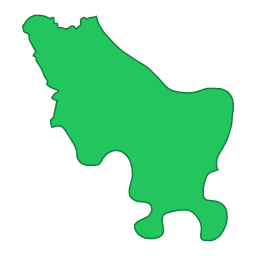 Tan Tru, Long An, Vietnam (Albers equal-area conic projection)
{"feature_id": "81297802B79980761269040", "entity_name": "Tan Tru", "entity_type": "district", "adm_level": 2, "iso_a3": "VNM", "parent_name": "Vietnam", "parent_adm1": "Long An", "projection": "albers", "projection_center": [106.499, 10.529], "detail": "fine", "context": "isolated", "style": "filled", "palette": "green", "viewbox_px": 256, "rotation_deg": 0, "n_neighbors": 0, "source": "geoboundaries", "source_scale": "gbopen_adm2", "svg_char_len": 4351}
<svg xmlns="http://www.w3.org/2000/svg" viewBox="0 0 256 256"><path d="M30.1,17.3L28.7,18.5L26.7,20.5L25.7,21.9L24.5,23.8L23.2,25.5L22.8,26.1L22.7,26.5L22.9,27.4L23.1,27.9L23.5,29.4L23.6,30.5L23.7,31.0L24.0,31.6L24.3,32.0L25.0,32.4L26.2,32.8L27.8,33.5L28.5,34.2L28.9,34.9L29.0,35.4L29.1,36.7L29.3,38.3L29.4,39.8L30.1,41.4L32.1,44.7L33.1,46.9L34.6,49.2L36.0,51.5L35.3,52.6L33.6,54.6L33.3,55.9L34.8,56.4L35.6,57.3L36.1,58.1L36.0,59.3L36.2,60.3L38.5,64.1L40.7,67.5L41.8,69.6L43.1,72.6L44.4,75.9L45.9,78.5L47.6,81.0L47.7,81.3L47.6,81.9L47.0,83.0L46.8,83.5L46.8,84.2L47.4,85.0L49.5,86.6L51.7,87.8L56.0,89.5L58.6,90.5L58.2,91.5L57.9,91.9L55.6,93.1L53.9,94.6L52.8,96.2L52.1,96.9L51.9,97.6L52.0,98.1L52.8,98.9L54.0,99.6L55.8,100.2L57.2,100.5L56.7,102.3L56.0,105.6L54.4,112.8L53.9,115.9L53.4,117.3L51.8,118.9L51.3,119.4L50.8,120.0L50.6,120.6L50.6,121.0L50.8,122.8L51.0,124.3L51.7,126.4L52.1,127.3L55.0,126.4L57.5,125.9L59.7,126.0L61.9,126.8L64.1,128.6L66.3,131.9L69.8,137.4L73.9,144.1L75.6,147.9L76.2,149.8L76.5,150.5L76.8,152.1L76.9,153.1L77.0,155.4L77.1,157.0L77.4,157.9L77.7,158.7L78.2,159.5L79.4,161.4L81.4,163.1L83.0,163.9L84.9,164.7L85.7,165.0L87.4,165.3L90.0,165.3L93.9,165.4L97.5,164.9L99.3,163.9L101.1,161.7L102.9,158.3L105.2,155.3L107.0,153.8L109.9,152.0L112.5,150.9L115.5,150.5L118.1,150.6L120.6,151.1L123.0,152.4L125.6,154.6L125.9,154.9L127.3,156.3L129.5,159.6L130.7,162.7L131.5,165.9L132.1,168.3L132.5,173.9L132.2,177.7L131.1,182.1L130.1,185.9L129.5,188.4L129.4,190.2L129.3,190.9L129.3,192.3L129.5,193.9L129.7,195.1L129.8,195.5L130.3,196.5L131.4,197.9L132.8,199.1L134.8,200.2L136.5,201.0L138.5,201.5L141.2,201.7L144.5,202.1L147.3,202.6L148.7,203.2L150.3,204.4L151.0,205.6L151.5,207.1L151.7,208.5L151.7,210.4L151.4,211.6L150.8,212.9L149.9,214.4L148.4,216.2L146.5,217.3L142.1,219.5L139.1,220.8L136.8,222.3L135.7,223.5L134.8,224.9L134.7,225.8L134.7,226.9L135.0,228.8L136.2,231.5L137.3,233.1L139.4,235.1L142.7,237.1L145.5,238.1L149.2,238.5L153.0,238.6L156.9,237.8L159.5,236.8L160.7,235.9L161.4,235.3L162.4,234.1L162.9,233.4L163.3,232.2L163.5,231.1L163.4,229.5L162.5,224.0L162.0,220.2L162.3,217.7L163.2,215.7L164.2,214.4L166.4,213.1L168.9,212.3L169.1,212.3L172.9,211.3L177.5,210.4L181.5,210.0L185.4,209.9L187.8,210.2L190.0,210.8L192.6,212.3L195.8,215.2L197.7,217.8L199.1,219.9L200.2,222.4L200.9,224.5L201.4,228.0L201.2,231.8L200.8,234.4L200.7,235.9L201.0,237.8L201.4,238.7L201.6,239.0L202.3,239.7L203.1,240.0L204.3,240.3L205.4,240.3L208.1,240.6L210.9,240.6L213.6,239.9L215.6,238.8L219.1,236.4L221.1,234.1L223.5,230.3L225.1,226.7L226.2,223.6L226.6,221.8L227.0,219.6L227.1,218.0L227.0,216.7L226.8,214.7L226.7,212.3L226.4,211.0L225.5,208.2L224.4,206.4L222.2,204.1L219.6,202.6L215.7,201.2L211.2,200.7L206.8,200.1L205.6,199.5L204.1,197.9L203.5,196.5L203.1,193.4L203.2,189.4L203.8,185.2L204.9,180.8L206.4,177.0L207.1,175.5L208.7,173.5L210.5,172.3L213.2,171.4L217.9,169.8L216.8,167.1L216.6,165.4L216.5,163.5L216.5,161.8L216.9,158.8L218.1,155.7L219.9,152.5L222.2,148.8L223.3,146.9L223.4,146.7L225.2,143.2L226.8,140.0L228.2,136.1L229.5,132.3L230.9,127.4L231.9,122.3L232.0,119.5L232.4,115.2L232.8,112.0L233.0,110.2L233.3,106.0L233.1,103.1L232.6,99.9L231.8,97.3L230.4,95.0L229.0,93.3L227.6,91.8L225.5,90.7L223.0,89.5L220.4,88.8L217.9,88.7L213.2,88.4L207.8,88.4L205.7,88.9L204.4,89.2L202.7,89.7L198.5,91.3L194.2,92.4L189.8,92.9L185.9,92.9L183.7,92.6L182.6,92.5L179.5,92.3L175.3,91.4L171.1,90.1L167.8,88.1L164.4,84.9L160.6,80.7L157.7,77.3L155.2,74.8L154.1,73.8L150.1,69.8L148.3,68.3L146.7,67.0L144.0,65.1L141.1,63.4L136.8,60.9L132.3,57.9L122.6,51.4L116.6,46.2L112.8,42.3L108.0,37.0L103.6,31.9L103.3,31.6L100.8,27.6L98.7,23.8L97.5,20.7L96.6,17.5L96.3,16.4L93.5,17.3L91.7,17.5L89.3,17.8L87.9,18.4L87.2,18.9L86.2,18.7L85.4,18.5L84.5,17.5L83.3,17.7L81.6,18.5L80.9,19.4L80.6,20.2L80.6,21.5L80.7,23.0L80.9,24.3L80.7,24.7L80.1,25.5L79.3,26.0L77.6,27.2L76.9,28.4L76.0,28.7L75.8,28.7L75.3,28.5L75.1,27.8L74.4,26.7L73.7,26.2L72.8,26.0L71.5,26.0L70.8,26.4L68.7,28.0L66.6,28.8L64.9,28.8L63.4,28.3L62.1,27.9L60.4,27.6L58.7,27.7L58.0,27.4L57.7,26.7L57.6,25.6L57.5,24.8L57.4,23.7L56.9,23.4L56.3,23.4L55.0,23.4L54.2,23.1L54.0,22.6L53.8,21.6L53.9,19.6L53.8,18.1L53.5,17.6L53.1,17.5L52.2,17.5L51.5,17.7L50.3,18.7L49.2,18.2L48.6,18.0L47.3,17.3L44.8,16.3L42.4,15.7L40.1,15.4L37.1,15.4L34.4,15.4L33.3,15.9L32.0,16.5L30.1,17.3Z" fill="#22c55e" stroke="#15803d" stroke-width="1.5"/></svg>